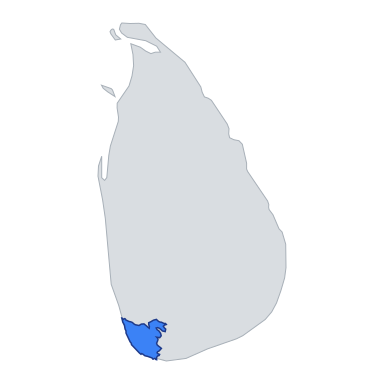 Sri Lanka, with Gālla highlighted
{"feature_id": "LKA-2464", "entity_name": "Gālla", "entity_type": "District", "adm_level": 1, "iso_a3": "LKA", "parent_name": "Sri Lanka", "parent_adm1": "", "projection": "mercator", "projection_center": [80.274, 6.202], "detail": "fine", "context": "in_parent", "style": "filled", "palette": "blue", "viewbox_px": 384, "rotation_deg": 0, "n_neighbors": 0, "source": "natural_earth", "source_scale": "10m", "svg_char_len": 2575}
<svg xmlns="http://www.w3.org/2000/svg" viewBox="0 0 384 384"><path d="M121.8,23.0L130.2,23.5L139.0,23.3L145.3,24.5L155.9,38.0L185.0,62.3L200.8,86.9L202.2,92.3L204.4,96.9L208.2,98.2L211.4,100.3L227.2,124.0L229.0,128.7L228.7,133.9L229.6,137.7L233.8,139.7L238.9,140.7L242.3,144.2L246.6,163.2L246.6,169.1L247.7,171.6L267.6,201.0L268.8,204.6L268.6,207.3L269.1,209.6L273.0,214.8L279.0,228.8L282.1,232.0L285.7,244.2L286.0,267.6L284.6,278.0L280.9,290.6L276.5,303.0L271.7,311.9L265.2,319.5L242.9,335.6L236.5,338.8L207.5,348.9L186.1,358.4L166.3,361.0L146.5,355.7L131.6,343.2L124.0,324.8L118.8,305.6L111.2,284.3L105.3,218.3L102.6,199.8L98.0,176.2L98.5,166.0L101.7,156.2L101.7,177.7L104.6,180.4L106.8,177.6L108.8,155.4L110.4,146.0L118.3,121.4L118.5,117.1L117.1,107.9L117.2,103.2L129.0,86.0L132.0,76.0L133.6,65.7L133.0,54.6L130.8,43.7L140.3,47.2L145.6,51.0L150.9,53.6L155.2,52.2L160.5,52.2L156.7,46.2L145.7,40.7L127.3,37.3L121.6,33.0L119.4,29.2L120.5,24.8L121.8,23.0ZM112.5,90.0L115.0,96.6L107.9,92.0L103.2,88.3L101.5,85.2L111.2,88.6L112.5,90.0ZM120.7,39.0L115.3,40.0L111.0,34.1L110.0,31.7L111.1,29.9L112.3,29.0L113.7,29.3L115.7,34.8L120.7,39.0Z" fill="#d9dde1" stroke="#a8b0b8" stroke-width="1"/><path d="M156.7,359.7L156.2,359.6L155.7,359.4L155.5,359.0L155.1,358.6L154.4,358.4L154.0,358.6L153.7,358.9L153.3,359.1L152.9,359.1L152.7,359.0L152.6,358.8L152.1,358.0L151.8,357.9L151.7,357.8L151.1,357.6L147.4,356.3L145.9,356.0L144.8,355.7L142.9,354.2L142.5,354.0L141.7,353.6L141.0,354.3L139.4,353.0L132.3,345.5L131.8,345.0L131.7,344.9L131.5,344.7L131.4,344.3L131.4,343.6L131.2,343.2L130.9,342.8L130.1,341.8L126.1,333.3L126.0,332.5L126.0,331.8L126.0,331.1L125.9,330.6L125.1,329.1L124.4,325.1L122.8,322.2L121.8,318.1L122.4,318.3L122.9,318.9L123.4,319.4L123.9,319.0L124.8,318.6L125.5,319.2L125.9,320.0L129.1,321.5L130.7,321.8L132.4,322.5L133.8,323.8L135.2,324.7L139.0,325.5L141.3,324.1L144.0,323.9L146.5,325.9L147.9,327.2L149.2,328.2L149.4,326.5L148.7,324.6L148.7,322.7L150.3,322.0L153.4,320.2L156.4,319.4L157.5,320.5L158.7,321.5L160.1,322.1L161.4,322.2L164.1,323.5L165.5,323.5L166.3,324.5L164.5,325.1L163.3,326.2L164.3,327.8L165.7,329.1L165.2,331.6L162.5,331.0L160.8,329.4L159.0,328.1L157.6,327.6L156.2,328.0L157.0,329.6L158.7,330.7L160.6,333.3L161.2,335.8L159.7,337.7L156.7,337.2L157.6,338.2L158.0,339.6L157.4,341.4L156.6,343.1L157.1,344.8L158.5,346.1L160.0,347.2L161.4,348.4L160.2,349.8L158.8,351.2L157.6,351.7L157.1,352.5L157.4,353.4L158.1,353.8L159.6,354.4L159.1,355.5L157.5,356.0L156.5,357.7L156.5,358.7L156.7,359.6L156.7,359.7Z" fill="#3b82f6" stroke="#1e3a8a" stroke-width="1.5"/></svg>